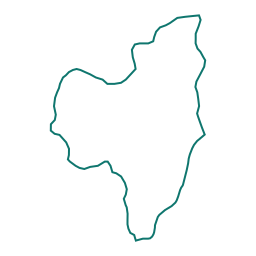 the district of Ryongrim, Chagang-do, North Korea
{"feature_id": "82179303B90804961571919", "entity_name": "Ryongrim", "entity_type": "district", "adm_level": 2, "iso_a3": "PRK", "parent_name": "North Korea", "parent_adm1": "Chagang-do", "projection": "orthographic", "projection_center": [126.759, 40.48], "detail": "fine", "context": "isolated", "style": "outline", "palette": "teal", "viewbox_px": 256, "rotation_deg": 0, "n_neighbors": 0, "source": "geoboundaries", "source_scale": "gbopen_adm2", "svg_char_len": 1576}
<svg xmlns="http://www.w3.org/2000/svg" viewBox="0 0 256 256"><path d="M204.7,134.6L201.9,127.4L200.0,122.1L198.1,116.7L197.1,113.5L199.1,106.1L198.2,98.6L197.3,92.3L195.4,87.0L196.4,81.6L200.3,74.2L204.2,66.7L205.2,60.3L203.3,57.1L200.4,51.8L197.5,48.6L195.6,43.3L195.7,39.1L195.7,35.9L195.7,33.7L198.6,26.3L200.6,19.9L199.0,15.4L192.9,16.0L185.2,16.8L177.3,17.9L169.7,23.2L165.8,25.3L160.0,27.4L156.1,31.7L154.2,37.0L153.2,41.3L148.3,43.4L143.5,43.4L139.6,43.4L134.8,44.5L131.9,49.8L132.8,57.3L134.7,63.7L135.6,69.0L130.7,74.3L125.8,79.6L121.0,82.8L114.2,83.9L107.4,83.9L102.6,79.6L95.9,77.5L90.1,74.3L85.3,72.2L80.5,70.0L76.6,69.0L72.8,70.0L72.1,70.4L68.9,72.1L65.9,75.3L63.0,77.5L60.0,83.8L59.0,88.1L57.1,92.3L55.1,97.7L54.0,106.2L54.9,110.4L55.8,114.7L54.8,120.0L50.9,124.2L50.8,130.6L54.6,133.8L59.5,134.9L66.2,142.4L69.0,148.8L68.9,155.1L67.9,159.4L68.8,160.4L69.8,161.5L75.6,165.8L79.5,167.9L84.3,169.0L90.2,166.9L97.9,165.8L104.8,161.6L107.7,161.6L110.5,165.8L112.4,172.2L116.3,173.3L121.1,176.5L124.9,182.9L126.8,189.2L125.8,194.6L123.8,198.8L125.7,205.2L126.7,207.3L127.6,213.7L127.5,220.1L127.5,224.4L128.4,228.6L130.3,232.9L134.2,235.0L135.1,238.2L135.9,240.6L136.5,240.4L142.8,238.7L148.0,238.7L150.1,238.3L152.1,236.6L153.4,234.4L154.1,232.4L154.9,227.7L155.0,225.2L157.8,217.0L159.3,214.9L165.1,210.0L171.6,206.1L175.4,202.6L176.7,200.4L178.2,196.4L180.1,190.1L181.2,187.6L182.7,185.5L183.0,184.7L186.7,170.2L188.1,163.5L188.7,158.7L189.3,156.4L189.9,154.3L192.2,148.4L194.0,144.9L197.1,141.0L204.7,134.6Z" fill="none" stroke="#0f766e" stroke-width="2"/></svg>